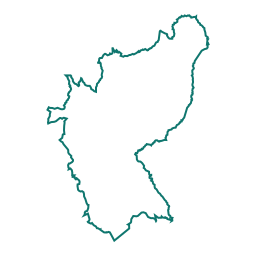 the district of San Agustín Metzquititlán, Hidalgo, Mexico
{"feature_id": "50627088B54107470170219", "entity_name": "San Agustín Metzquititlán", "entity_type": "district", "adm_level": 2, "iso_a3": "MEX", "parent_name": "Mexico", "parent_adm1": "Hidalgo", "projection": "equal_earth", "projection_center": [-98.601, 20.521], "detail": "fine", "context": "isolated", "style": "outline", "palette": "teal", "viewbox_px": 256, "rotation_deg": 0, "n_neighbors": 0, "source": "geoboundaries", "source_scale": "gbopen_adm2", "svg_char_len": 5727}
<svg xmlns="http://www.w3.org/2000/svg" viewBox="0 0 256 256"><path d="M171.8,220.9L172.3,220.6L172.1,218.6L172.4,217.9L170.3,217.7L170.5,216.4L170.1,215.7L169.2,215.3L168.6,214.2L168.1,210.0L168.6,209.4L168.6,207.8L169.2,206.4L169.1,206.0L167.4,204.5L167.2,204.1L167.4,203.1L166.3,202.1L166.2,201.3L164.7,199.9L162.4,196.5L161.4,195.8L160.0,193.7L158.5,192.7L156.6,189.4L155.0,188.2L154.6,186.8L154.6,184.7L153.4,184.0L153.0,183.3L152.7,181.5L151.2,180.7L152.0,179.8L152.2,178.9L151.7,178.3L150.6,178.6L149.5,177.8L149.6,176.5L151.2,175.6L151.2,174.9L150.1,175.1L149.5,174.8L149.2,174.2L149.0,171.7L145.8,170.3L144.7,168.6L143.7,167.9L144.1,165.8L142.2,163.1L140.5,161.6L138.4,161.4L137.7,160.8L136.9,159.5L136.7,155.8L135.1,154.3L135.8,153.0L137.2,153.2L138.3,150.4L139.8,150.7L140.1,150.4L139.9,149.9L140.6,149.6L141.5,149.8L142.0,149.4L142.0,148.7L143.1,148.6L143.7,147.1L144.8,146.5L145.3,145.4L146.4,144.9L146.7,144.1L150.5,144.8L151.2,145.4L151.6,144.5L152.6,144.1L152.9,143.2L153.5,143.1L154.1,142.1L154.6,142.1L154.8,141.2L155.6,140.4L157.0,140.3L159.0,141.6L159.6,141.5L159.9,141.0L161.5,140.9L164.5,139.9L166.2,140.0L165.5,137.8L166.0,137.1L166.3,135.4L167.4,134.8L167.5,132.0L168.5,130.7L168.5,130.2L171.5,129.5L172.3,128.4L174.4,127.7L175.6,127.7L176.8,125.1L178.7,124.2L179.8,122.4L180.3,122.5L180.6,121.7L181.7,121.4L181.4,120.2L182.6,120.0L183.1,118.9L184.2,117.6L187.2,107.6L188.6,106.2L188.8,105.1L189.7,104.7L190.0,104.0L190.8,103.3L191.3,101.2L191.9,100.3L191.4,99.8L192.1,99.0L191.3,97.3L191.2,96.1L191.6,95.1L192.4,94.7L192.7,93.5L192.2,92.9L192.7,92.0L192.3,90.5L192.7,88.6L193.2,88.4L193.6,87.6L192.5,85.7L192.4,84.4L193.0,82.4L193.0,81.0L192.7,79.7L193.0,79.0L192.6,76.7L191.8,75.4L192.6,74.7L192.7,74.1L192.3,72.0L192.3,70.4L193.8,68.6L193.8,68.0L192.8,66.0L193.3,65.3L193.3,63.8L193.5,63.4L194.4,63.0L194.8,61.0L201.7,50.7L204.6,49.1L206.7,48.6L207.6,47.5L207.6,44.6L208.5,44.3L208.1,43.3L207.0,44.0L207.4,40.2L208.1,39.1L207.2,38.7L207.8,37.3L205.7,35.7L205.3,32.4L204.4,29.6L204.4,28.1L203.1,27.2L202.9,26.6L201.4,25.2L200.3,24.9L200.0,23.5L198.2,22.3L197.7,20.4L197.0,20.0L196.0,18.4L196.1,16.5L195.4,17.1L194.2,16.9L191.5,17.6L191.2,17.6L190.9,16.7L190.3,16.6L189.4,15.4L188.5,15.7L188.0,15.4L186.5,16.2L184.6,15.5L183.8,16.4L183.0,16.5L181.6,15.9L181.3,16.7L180.3,17.5L179.9,17.2L179.0,17.7L178.5,18.6L177.0,19.5L177.4,19.9L177.3,21.8L175.4,23.1L174.4,22.8L174.0,24.5L172.8,24.8L172.8,25.6L172.4,26.6L172.9,27.6L172.6,29.2L173.5,29.3L173.8,29.8L173.9,32.3L174.4,33.6L174.0,36.0L173.4,36.7L172.4,37.0L172.0,37.9L172.3,38.7L172.1,38.8L169.4,38.6L168.2,37.5L167.0,35.5L167.2,34.7L166.9,34.0L165.2,33.5L161.4,31.5L160.6,30.7L160.2,30.8L159.8,31.5L158.7,40.0L157.9,41.1L157.7,41.9L156.2,42.4L155.8,42.9L154.4,45.7L152.7,46.4L151.3,48.1L150.2,48.2L149.7,48.9L148.6,49.2L148.2,50.1L147.3,50.4L145.2,49.0L143.7,49.9L142.7,49.5L142.2,50.0L140.7,50.4L139.6,51.9L139.0,52.1L138.6,51.2L136.5,53.0L133.8,54.4L132.8,53.9L130.3,55.0L129.4,55.0L127.3,56.1L124.6,55.9L123.4,56.7L120.6,55.8L121.4,53.7L119.0,51.8L118.3,52.6L116.9,52.2L117.1,50.8L116.5,50.1L114.8,52.0L112.4,47.5L112.7,51.8L112.4,53.2L111.8,53.8L110.9,54.1L110.0,53.5L109.5,54.6L107.6,55.3L105.5,53.9L104.8,53.9L103.5,55.0L101.9,58.0L100.0,58.0L99.3,58.6L98.9,61.6L98.1,62.4L98.1,62.8L99.4,63.0L100.3,62.7L100.7,63.5L100.9,66.2L101.6,67.6L101.4,68.3L102.7,70.7L101.8,74.2L101.7,75.3L102.1,76.6L101.7,78.0L100.3,79.2L100.1,80.2L99.4,80.5L98.8,82.1L97.0,83.9L96.8,85.9L96.0,87.3L96.0,91.8L94.2,91.2L92.7,89.8L91.3,89.2L90.8,87.4L89.8,85.9L87.5,85.9L85.4,85.1L84.7,84.2L84.3,82.9L83.2,82.2L81.6,78.5L81.1,78.2L80.3,81.4L79.6,81.5L78.6,82.8L79.2,85.1L79.0,85.7L78.4,86.1L76.4,84.2L74.7,83.6L73.1,81.6L72.9,81.1L72.8,79.4L71.2,77.2L71.2,76.1L70.6,75.4L65.8,75.4L67.6,77.3L67.8,78.5L69.3,81.3L69.0,83.9L69.3,84.0L70.0,85.5L69.7,86.0L70.3,86.2L70.1,87.2L70.7,87.6L71.1,89.1L70.3,91.0L69.0,92.2L69.0,92.7L68.4,93.2L68.2,93.8L68.1,95.4L69.3,96.3L68.9,98.0L68.1,99.0L67.9,99.9L67.2,100.2L66.3,101.4L66.4,102.4L65.1,103.1L65.2,104.0L63.9,105.4L64.8,106.9L64.4,108.4L63.8,109.0L62.1,109.3L60.7,109.1L57.6,107.8L54.6,108.8L52.4,108.0L49.9,107.9L48.8,107.3L47.5,109.8L50.5,111.9L49.8,114.2L49.8,116.2L48.2,119.0L48.4,120.1L48.0,122.7L48.2,123.5L51.2,122.1L54.3,121.8L56.0,121.2L59.9,118.0L60.7,118.0L62.1,118.8L63.3,117.9L63.9,117.8L66.7,118.6L64.3,121.4L64.6,122.6L64.2,125.8L64.0,130.2L64.4,134.1L63.3,134.2L62.8,134.6L62.2,137.9L59.6,140.0L61.0,141.4L62.5,142.2L63.6,144.3L67.6,149.1L68.2,150.1L68.3,152.6L68.8,153.6L71.3,156.0L71.0,157.4L73.0,159.9L73.0,160.9L72.2,162.0L69.8,163.5L68.9,163.5L68.1,165.1L68.4,167.4L69.0,168.1L68.7,169.3L70.4,168.5L71.9,170.3L72.3,172.8L72.2,175.2L74.2,175.3L73.3,176.2L72.6,176.3L72.6,176.9L74.5,176.8L74.6,177.9L75.3,178.1L75.3,178.8L75.7,179.3L75.9,179.3L76.2,178.2L76.5,178.1L79.2,180.5L79.6,181.9L79.3,184.0L77.6,184.4L77.5,186.1L78.1,189.8L79.2,190.9L80.6,191.5L82.1,191.2L83.5,192.2L84.0,194.1L84.1,196.4L85.4,199.1L86.6,203.1L87.6,204.8L88.5,205.0L88.2,208.3L87.2,210.9L85.4,211.5L84.8,212.5L84.8,214.3L84.1,215.4L87.9,213.6L89.5,219.0L89.5,219.7L88.8,221.1L87.8,221.8L88.1,222.3L90.6,223.5L91.1,223.6L92.0,223.0L93.7,225.2L96.0,226.5L96.9,228.2L98.1,228.3L100.1,229.5L100.5,229.3L100.5,229.9L104.1,232.4L105.8,232.5L106.3,232.2L106.8,232.5L108.6,231.9L109.9,232.4L114.3,240.6L129.2,228.5L129.1,225.0L128.0,224.5L130.6,222.8L131.1,222.0L131.3,219.2L133.3,216.0L136.6,216.3L137.9,215.9L141.5,212.6L143.4,212.3L145.7,213.1L148.1,217.0L151.0,218.2L152.9,218.1L155.0,218.9L156.0,221.1L156.2,220.8L155.1,215.4L158.3,217.8L161.3,217.7L161.6,216.5L162.6,217.5L165.1,217.9L165.3,217.3L167.1,218.2L167.3,219.0L171.1,220.1L171.6,219.9L171.8,219.5L172.0,220.5L171.8,220.9Z" fill="none" stroke="#0f766e" stroke-width="2"/></svg>